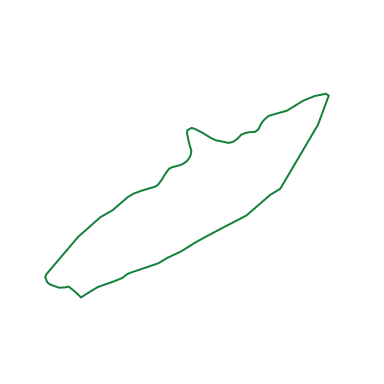 Zunilito, Suchitepéquez, Guatemala (Natural Earth projection), rotated 36°
{"feature_id": "79465075B91860193952418", "entity_name": "Zunilito", "entity_type": "district", "adm_level": 2, "iso_a3": "GTM", "parent_name": "Guatemala", "parent_adm1": "Suchitepéquez", "projection": "natural_earth1", "projection_center": [-91.502, 14.633], "detail": "fine", "context": "isolated", "style": "outline", "palette": "green", "viewbox_px": 384, "rotation_deg": 36, "n_neighbors": 0, "source": "geoboundaries", "source_scale": "gbopen_adm2", "svg_char_len": 1173}
<svg xmlns="http://www.w3.org/2000/svg" viewBox="0 0 384 384"><g transform="rotate(36 192 192)"><path d="M246.0,33.7L242.7,33.7L234.8,42.3L228.1,53.1L221.1,70.3L210.8,83.3L209.1,85.7L208.1,90.3L207.8,93.3L208.0,97.6L209.0,102.3L207.7,106.2L202.4,110.7L199.4,114.6L198.2,116.6L197.5,121.8L196.3,125.9L195.2,128.0L193.4,130.1L191.7,131.4L189.4,132.2L181.0,136.1L176.1,137.1L165.3,138.0L157.4,139.2L154.0,140.4L152.1,144.5L152.8,146.8L155.9,149.6L158.6,152.2L162.7,155.6L166.6,158.5L168.0,160.2L169.5,163.8L169.8,167.7L169.6,170.6L168.5,173.7L167.5,175.9L165.5,178.6L162.6,182.1L160.5,185.0L159.8,187.1L159.7,190.4L159.8,194.6L160.4,200.3L160.2,206.1L159.0,209.4L150.3,220.8L145.7,227.7L143.1,233.7L138.4,253.5L132.6,266.5L128.8,283.8L126.3,294.9L122.5,344.4L123.5,347.4L126.0,348.9L128.1,350.1L131.3,350.3L140.6,347.6L145.2,344.0L147.8,341.0L155.9,341.4L164.3,342.5L165.3,339.6L169.4,329.5L170.9,326.1L171.9,323.9L181.4,310.1L186.0,302.7L187.0,299.8L187.7,296.9L189.3,294.0L206.8,269.2L210.6,260.1L218.2,246.2L224.2,231.3L226.6,226.1L229.9,219.1L237.5,203.6L249.8,179.1L256.9,148.5L261.5,137.4L254.4,63.5L246.0,33.7Z" fill="none" stroke="#15803d" stroke-width="2"/></g></svg>